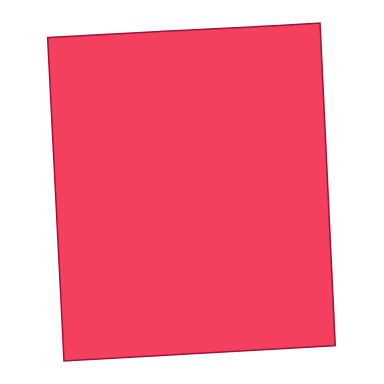 outline of Stanton, Kansas, United States of America, rotated 87°
{"feature_id": "52423323B8394937054481", "entity_name": "Stanton", "entity_type": "district", "adm_level": 2, "iso_a3": "USA", "parent_name": "United States of America", "parent_adm1": "Kansas", "projection": "natural_earth1", "projection_center": [-101.94, 37.563], "detail": "fine", "context": "isolated", "style": "filled", "palette": "rose", "viewbox_px": 384, "rotation_deg": 87, "n_neighbors": 0, "source": "geoboundaries", "source_scale": "gbopen_adm2", "svg_char_len": 390}
<svg xmlns="http://www.w3.org/2000/svg" viewBox="0 0 384 384"><g transform="rotate(87 192 192)"><path d="M352.9,57.0L30.0,55.3L30.1,66.8L30.3,100.7L30.2,112.2L30.3,120.9L30.3,128.9L30.2,157.3L30.1,196.3L30.0,209.4L30.0,214.0L30.1,236.8L30.1,265.4L30.1,292.4L30.2,292.5L30.2,311.9L30.2,328.1L334.7,328.6L354.0,328.7L352.9,57.0Z" fill="#f43f5e" stroke="#9f1239" stroke-width="1.5"/></g></svg>